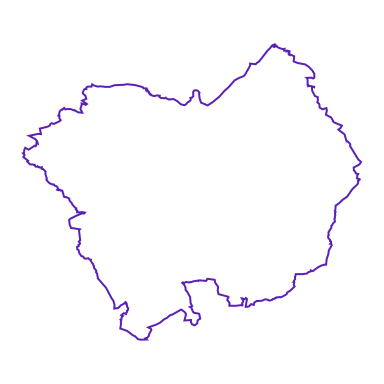 outline of Manastireni, Cluj, Romania
{"feature_id": "2599482B68229257959146", "entity_name": "Manastireni", "entity_type": "district", "adm_level": 2, "iso_a3": "ROU", "parent_name": "Romania", "parent_adm1": "Cluj", "projection": "robinson", "projection_center": [23.092, 46.785], "detail": "fine", "context": "isolated", "style": "outline", "palette": "violet", "viewbox_px": 384, "rotation_deg": 0, "n_neighbors": 0, "source": "geoboundaries", "source_scale": "gbopen_adm2", "svg_char_len": 5854}
<svg xmlns="http://www.w3.org/2000/svg" viewBox="0 0 384 384"><path d="M326.1,264.7L326.7,258.9L328.3,254.3L328.8,250.5L331.8,245.1L331.2,243.8L330.3,243.7L331.0,242.8L331.0,241.5L330.0,241.0L330.2,240.1L328.2,237.9L328.2,235.5L328.8,234.9L328.4,233.1L328.6,232.0L331.3,227.7L331.4,225.8L332.2,225.2L333.0,223.4L335.0,221.5L334.4,218.8L335.0,217.7L334.8,216.4L335.3,215.2L334.9,213.2L335.6,212.0L334.8,211.0L335.3,210.1L335.7,205.5L339.1,203.2L342.6,199.8L347.1,196.7L352.6,188.8L356.5,185.3L357.9,183.6L358.2,182.4L358.0,180.9L359.7,179.7L359.7,179.2L357.0,178.4L357.3,175.2L358.2,174.1L355.7,173.3L355.3,171.8L353.9,170.5L353.7,167.5L358.5,165.0L360.1,163.6L361.0,161.8L358.3,159.5L350.1,146.1L350.3,144.3L349.7,143.4L347.4,141.2L346.6,141.4L344.5,134.3L338.4,129.7L340.8,127.7L341.9,125.6L334.3,122.5L332.8,121.1L333.0,120.6L331.0,117.4L325.9,114.8L326.9,110.4L326.4,108.1L322.5,109.3L319.6,107.5L319.5,104.9L318.8,103.3L317.7,102.8L317.3,102.2L317.9,100.3L317.7,97.1L314.9,96.0L312.2,90.8L311.9,87.8L312.3,86.9L314.1,87.3L314.2,86.8L309.6,85.9L307.3,86.5L308.3,85.7L308.2,85.0L307.6,84.9L307.6,80.3L307.3,78.5L306.7,77.9L311.5,77.7L313.2,78.5L314.3,77.7L314.3,73.9L312.5,70.7L309.0,67.0L305.1,64.4L298.1,63.1L293.7,61.5L294.2,56.3L289.4,54.0L289.5,54.9L289.0,54.7L288.6,54.1L288.7,52.8L289.7,51.7L289.5,51.2L288.6,50.9L286.7,51.4L286.8,50.7L284.2,50.7L284.5,48.8L283.0,49.1L280.3,48.4L277.5,47.2L276.5,45.8L275.9,46.2L275.5,45.5L275.0,46.1L274.7,45.6L274.2,45.9L274.0,46.9L273.4,46.6L273.8,46.3L273.5,45.8L275.0,44.6L274.8,44.3L272.2,45.4L269.9,48.4L267.9,50.2L259.0,61.6L256.9,62.9L255.7,64.2L250.1,63.6L250.1,65.7L244.9,74.9L243.7,76.1L238.9,78.0L234.7,80.3L228.6,87.2L224.5,90.8L219.6,96.4L212.6,102.2L207.6,105.4L201.0,102.6L199.6,98.4L199.1,93.7L199.5,92.6L197.8,90.8L196.4,90.2L193.9,90.6L193.2,92.0L193.3,96.1L192.1,97.5L190.4,97.9L190.7,99.0L190.5,100.5L187.3,102.7L186.1,104.2L184.6,105.2L180.8,104.3L177.5,101.3L173.5,99.0L168.9,99.5L165.9,98.2L165.7,97.7L164.2,98.3L160.8,97.9L159.3,96.8L159.7,95.7L156.7,95.4L154.5,96.1L152.0,95.5L150.4,94.0L150.1,94.5L149.5,93.8L149.9,93.6L148.9,92.8L148.8,91.7L147.9,90.8L147.5,91.1L147.4,90.4L146.8,91.6L147.0,90.7L146.5,90.7L146.6,89.8L146.1,89.9L146.0,88.4L143.5,88.3L143.0,87.4L141.0,86.6L134.6,85.0L127.0,84.2L123.8,84.8L114.7,85.2L109.7,86.9L105.5,86.9L100.7,86.3L97.8,86.6L93.4,85.3L92.2,84.4L91.5,86.6L87.6,86.6L86.4,87.5L86.4,89.0L85.5,88.8L84.1,89.5L82.7,92.6L83.0,93.6L85.4,95.7L86.3,98.8L82.2,100.7L86.9,104.0L85.7,104.8L81.6,103.5L81.7,104.8L80.4,108.8L82.3,112.7L78.0,112.3L74.7,110.2L74.5,110.5L70.6,109.1L67.4,109.0L65.3,109.4L64.1,107.9L62.4,109.7L61.9,109.4L59.8,111.2L59.0,114.7L58.4,115.6L59.5,115.9L59.3,118.1L60.7,120.2L59.1,121.5L53.9,123.9L51.4,123.2L50.4,124.0L49.9,125.5L47.9,126.6L39.8,128.6L41.0,134.1L38.0,133.9L29.1,135.8L35.4,139.2L37.1,141.1L37.7,143.4L36.5,142.7L36.3,145.4L35.6,146.2L34.7,145.7L28.6,149.7L25.3,147.8L24.3,149.8L24.0,153.0L23.0,153.3L24.6,155.1L23.4,157.1L28.1,160.7L27.2,161.5L30.0,164.4L33.1,164.5L33.9,165.1L34.7,164.8L35.5,166.6L37.1,166.7L37.5,166.2L38.5,167.2L39.2,167.0L40.1,167.7L41.8,167.2L41.8,168.9L43.3,169.2L45.6,171.6L45.4,172.3L45.5,174.4L46.9,178.9L46.4,179.6L46.9,180.6L49.8,183.4L53.0,184.6L53.8,184.4L54.7,185.6L57.1,186.6L58.1,188.9L57.2,189.8L58.3,190.3L59.8,189.7L60.6,190.6L61.8,190.4L62.4,190.9L64.1,196.9L66.5,197.2L69.3,198.6L69.3,199.6L69.9,201.1L71.7,203.0L72.5,204.7L75.0,207.5L76.3,208.3L75.8,209.5L77.3,210.6L77.0,212.3L82.9,212.2L84.9,212.6L84.3,213.4L81.4,213.6L76.0,215.9L70.2,218.8L69.1,220.1L69.8,225.2L70.7,226.8L70.9,227.9L79.9,229.3L79.0,230.5L80.2,240.3L78.8,241.6L80.0,243.1L79.7,244.2L78.6,244.7L78.7,246.2L77.1,246.8L77.3,249.3L78.6,250.1L79.3,253.1L81.4,256.1L83.3,256.6L84.3,258.4L85.5,258.7L88.4,258.3L89.4,259.4L90.9,259.7L90.6,260.5L92.1,263.0L93.0,263.8L93.3,265.3L94.0,266.1L94.0,267.8L96.1,270.4L96.4,271.6L96.0,272.1L97.2,273.8L97.5,276.5L98.0,277.7L97.8,278.3L106.0,287.7L111.6,298.3L113.3,300.6L114.5,304.9L114.3,308.6L118.3,308.0L120.6,305.5L124.5,303.4L124.7,302.7L125.6,302.1L126.6,303.4L126.3,304.3L127.1,305.2L127.0,306.6L128.2,308.3L127.9,310.0L127.0,310.6L127.1,311.9L126.3,312.7L126.1,314.0L123.8,313.2L121.3,315.2L122.9,316.1L121.7,317.2L121.5,319.0L120.5,319.6L121.3,320.9L120.7,322.5L121.1,323.3L120.3,328.5L127.1,330.9L132.8,335.2L135.3,336.5L138.0,339.2L141.1,339.7L146.7,339.5L145.5,338.3L147.3,337.7L148.8,335.9L149.3,333.7L151.4,330.0L150.9,328.8L148.3,327.4L155.8,324.8L160.2,322.6L164.1,319.3L167.1,317.8L170.1,315.2L172.7,314.4L180.9,309.7L181.4,309.6L184.5,311.9L185.9,313.7L185.7,315.7L184.4,320.5L191.0,320.0L190.9,321.8L191.9,324.2L194.5,325.4L197.2,323.5L197.5,321.0L198.3,319.8L200.2,318.7L199.2,313.8L193.8,312.7L192.8,311.4L191.4,307.7L190.1,307.0L192.1,306.2L190.6,302.9L190.1,297.0L187.3,291.9L185.7,290.2L185.4,287.2L184.2,284.8L182.2,282.8L182.7,282.4L184.5,282.8L186.2,281.9L188.9,282.5L190.3,282.0L190.8,282.3L193.4,281.3L197.8,280.6L198.5,281.0L199.3,280.3L206.2,280.9L207.4,278.8L214.7,279.8L215.3,282.9L218.1,286.8L217.7,290.6L218.5,294.1L228.4,296.8L228.4,297.7L227.4,299.3L227.3,300.1L228.9,302.0L229.6,303.5L229.3,305.7L235.6,305.8L240.8,305.2L243.2,305.5L242.2,304.8L242.1,303.2L243.1,301.9L243.3,300.8L241.8,298.3L242.7,298.4L243.8,299.3L245.5,298.7L245.8,298.1L246.9,298.8L246.9,299.2L245.7,306.8L247.9,306.7L249.2,306.2L251.1,304.1L253.8,304.9L254.2,302.7L256.7,301.0L261.6,300.8L265.3,299.3L268.1,299.8L268.5,300.4L270.3,300.5L272.2,299.8L272.5,299.2L274.8,298.6L275.0,298.1L276.3,297.8L276.4,297.4L279.8,297.1L280.4,297.4L282.6,296.5L286.5,294.3L287.2,292.5L290.2,290.7L294.6,286.5L293.8,284.6L294.3,282.6L293.6,282.2L294.1,282.0L294.0,280.8L295.1,279.2L295.0,277.3L295.8,274.1L302.8,274.1L307.0,273.5L308.3,272.2L310.9,271.3L310.9,270.4L312.9,271.1L317.8,267.4L321.0,265.7L324.8,264.5L326.1,264.7Z" fill="none" stroke="#5b21b6" stroke-width="2"/></svg>